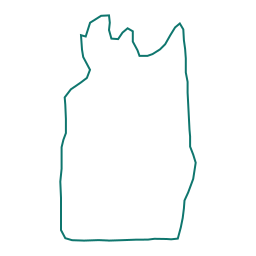 Avgorou, Famagusta, Cyprus
{"feature_id": "46923920B41547139888237", "entity_name": "Avgorou", "entity_type": "district", "adm_level": 2, "iso_a3": "CYP", "parent_name": "Cyprus", "parent_adm1": "Famagusta", "projection": "equal_earth", "projection_center": [33.844, 35.044], "detail": "fine", "context": "isolated", "style": "outline", "palette": "teal", "viewbox_px": 256, "rotation_deg": 0, "n_neighbors": 0, "source": "geoboundaries", "source_scale": "gbopen_adm2", "svg_char_len": 974}
<svg xmlns="http://www.w3.org/2000/svg" viewBox="0 0 256 256"><path d="M179.8,23.5L175.1,27.4L170.3,35.2L165.2,44.2L160.0,49.4L152.5,54.1L147.4,55.9L139.5,55.9L137.5,50.3L132.8,41.6L132.8,31.3L127.6,28.3L122.5,32.6L118.1,39.1L111.4,38.6L109.0,30.0L109.8,22.7L109.0,15.4L101.1,15.8L90.1,22.7L85.7,36.5L81.0,35.2L82.0,49.6L83.2,57.0L90.0,69.8L86.9,77.9L80.7,82.6L70.9,89.3L64.7,97.4L65.3,104.8L65.9,118.9L65.9,133.1L63.4,139.8L61.6,147.2L61.6,158.7L61.6,168.8L60.3,181.6L61.0,197.8L61.0,209.9L61.0,217.3L61.0,230.1L65.3,238.2L66.7,238.6L72.1,240.2L81.5,240.5L84.0,240.6L98.7,240.1L108.2,240.5L108.6,240.6L121.6,240.2L135.3,239.7L148.0,239.6L154.4,238.8L166.6,239.0L171.2,239.3L177.8,238.6L180.8,227.4L182.7,218.0L183.9,208.5L184.5,200.5L188.2,192.4L193.2,178.9L195.7,162.7L193.2,154.6L190.1,146.6L190.1,136.5L189.5,129.7L188.2,104.1L187.6,92.7L187.6,81.9L185.8,72.5L185.8,58.4L185.1,48.9L183.9,40.2L183.3,29.4L179.8,23.5Z" fill="none" stroke="#0f766e" stroke-width="2"/></svg>